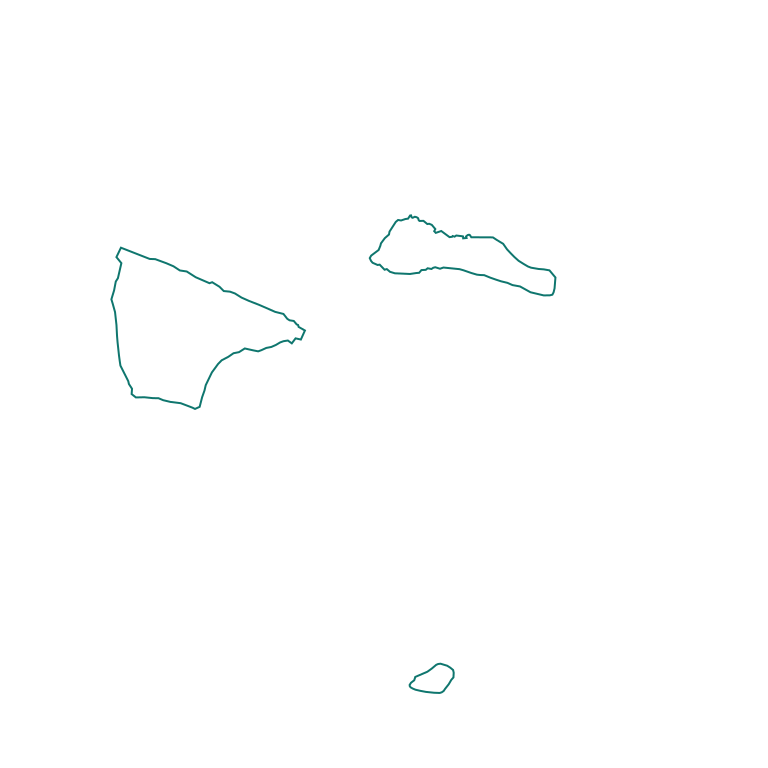 outline of Parem, Federated States of Micronesia, rotated 230°
{"feature_id": "79324940B22754223687783", "entity_name": "Parem", "entity_type": "district", "adm_level": 2, "iso_a3": "FSM", "parent_name": "Federated States of Micronesia", "parent_adm1": "", "projection": "mercator", "projection_center": [151.781, 7.352], "detail": "fine", "context": "isolated", "style": "outline", "palette": "teal", "viewbox_px": 768, "rotation_deg": 230, "n_neighbors": 0, "source": "geoboundaries", "source_scale": "gbopen_adm2", "svg_char_len": 2664}
<svg xmlns="http://www.w3.org/2000/svg" viewBox="0 0 768 768"><g transform="rotate(230 384 384)"><path d="M494.4,242.3L497.7,246.7L503.5,259.6L506.0,269.8L506.5,274.9L504.9,282.2L504.3,288.5L501.6,293.4L500.7,300.2L493.9,305.4L489.9,308.6L488.7,311.9L487.3,317.0L484.8,321.5L483.4,326.3L482.6,331.2L481.4,334.5L479.1,338.3L474.4,339.5L475.8,345.6L471.5,348.9L475.8,357.8L482.6,355.3L484.4,356.1L485.8,355.4L490.3,355.4L493.5,352.6L496.1,351.8L502.3,352.0L509.2,347.0L525.1,339.1L534.2,334.1L541.8,330.4L549.2,328.0L553.7,325.4L558.2,321.0L559.3,320.9L564.2,320.5L572.4,317.8L573.4,315.1L586.8,308.4L597.0,305.2L602.2,300.6L609.5,298.4L616.4,294.9L626.7,289.0L630.4,284.9L657.5,270.1L653.2,260.6L645.4,260.5L636.1,248.2L634.9,244.4L629.2,237.4L624.1,229.6L619.9,227.8L612.0,224.2L601.2,217.0L592.3,210.3L587.2,206.7L576.0,199.2L571.1,196.1L567.5,193.9L550.5,189.9L548.0,188.6L542.3,187.9L538.5,184.2L533.2,185.3L527.9,191.9L521.6,198.0L518.1,202.1L513.6,204.4L507.4,209.0L506.5,209.9L500.0,215.9L492.7,220.0L488.9,222.1L486.4,223.2L485.0,228.1L490.8,236.2L494.4,242.3ZM498.3,502.2L500.6,500.2L500.6,497.2L497.2,486.2L495.3,483.9L495.2,478.4L493.7,472.1L492.2,470.0L490.1,466.0L490.3,462.4L490.6,456.7L489.6,454.0L486.6,453.2L484.2,453.2L479.3,455.6L478.2,457.4L471.2,457.9L470.2,460.0L466.1,460.7L461.8,463.5L457.6,468.1L451.6,474.6L448.3,480.0L446.6,482.4L447.2,485.9L444.6,489.4L444.6,491.8L441.6,494.3L441.4,496.4L440.5,498.3L436.3,501.0L435.0,504.4L423.4,515.7L420.0,518.0L412.8,522.3L408.0,525.5L405.6,527.8L403.0,530.7L397.1,533.8L391.9,536.9L387.4,539.7L382.1,543.6L377.2,546.0L371.3,550.9L360.1,555.2L349.2,563.3L345.3,568.1L344.2,570.4L345.2,572.8L347.6,576.1L355.4,583.8L364.7,583.8L369.1,580.1L372.7,576.4L378.6,571.4L381.5,569.8L386.0,568.2L391.9,566.3L397.6,565.5L402.7,565.1L408.0,564.8L414.8,565.4L421.8,563.0L426.2,561.7L428.3,559.4L430.2,557.1L440.3,545.2L442.9,545.5L443.7,545.1L444.3,543.8L444.3,541.7L442.8,541.1L444.7,538.3L446.2,539.4L446.9,538.9L451.3,534.8L451.5,532.8L453.2,531.7L453.0,530.8L454.4,528.6L464.4,526.2L466.5,520.8L468.8,520.7L469.7,522.9L475.2,522.9L477.7,521.6L478.7,520.0L483.6,519.1L486.1,516.0L487.2,515.9L489.1,516.7L490.8,516.2L492.3,515.1L492.9,512.8L493.9,512.3L495.8,513.1L496.3,512.3L495.2,508.7L496.6,506.5L498.3,502.2ZM139.5,219.7L137.6,216.7L137.8,212.7L137.0,210.2L135.9,209.5L134.5,209.4L132.1,210.3L129.6,211.6L125.6,214.6L121.2,218.2L115.3,223.9L111.5,228.1L110.7,230.1L110.5,232.4L111.2,234.8L112.4,240.6L114.1,245.4L114.6,248.6L118.0,251.8L120.5,253.1L124.2,252.4L127.6,251.3L133.4,247.5L134.7,245.5L135.3,243.5L135.3,237.6L135.7,232.3L139.5,219.7Z" fill="none" stroke="#0f766e" stroke-width="2"/></g></svg>